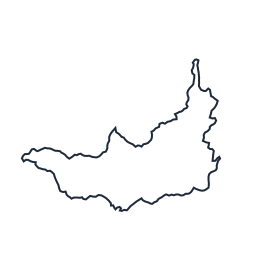 São Domingos do Norte, Espírito Santo, Brazil, rotated 193°
{"feature_id": "56859067B53855567891195", "entity_name": "São Domingos do Norte", "entity_type": "district", "adm_level": 2, "iso_a3": "BRA", "parent_name": "Brazil", "parent_adm1": "Espírito Santo", "projection": "robinson", "projection_center": [-40.559, -19.162], "detail": "fine", "context": "isolated", "style": "outline", "palette": "slate", "viewbox_px": 256, "rotation_deg": 193, "n_neighbors": 0, "source": "geoboundaries", "source_scale": "gbopen_adm2", "svg_char_len": 3168}
<svg xmlns="http://www.w3.org/2000/svg" viewBox="0 0 256 256"><g transform="rotate(193 128 128)"><path d="M31.4,118.9L32.6,120.4L34.1,118.7L35.5,115.7L38.2,115.0L38.6,118.1L39.1,122.3L39.2,124.9L41.1,126.4L43.3,126.0L45.5,127.0L45.5,129.4L45.7,131.7L48.7,131.6L52.1,132.3L51.8,135.6L52.7,138.5L51.8,141.1L49.8,142.7L48.2,145.3L48.5,147.6L47.3,149.5L45.8,150.6L44.5,152.1L43.8,155.0L45.5,157.2L47.9,156.3L50.7,156.6L50.4,160.6L50.5,163.6L48.4,166.8L47.4,169.4L46.9,171.6L46.7,174.7L49.4,175.8L52.3,177.3L54.1,177.6L55.2,180.0L56.7,183.6L58.7,184.5L60.4,181.7L62.3,181.1L65.4,181.7L68.3,184.7L68.9,188.1L69.6,190.7L70.0,192.9L70.8,195.3L71.8,198.4L72.8,200.5L73.7,203.0L74.6,204.7L74.5,207.3L74.6,209.8L76.6,210.2L78.2,209.5L79.6,206.2L78.3,205.0L78.1,202.6L78.3,200.5L78.9,198.6L77.6,195.8L75.3,194.6L74.7,191.8L74.5,188.6L74.2,185.5L75.1,183.5L76.8,180.8L77.9,178.0L78.1,175.7L77.2,173.2L75.9,171.4L75.5,168.7L76.5,166.2L76.5,164.1L74.8,162.5L75.4,160.6L77.6,159.2L78.7,157.2L80.0,155.9L81.6,155.2L83.1,153.8L85.4,152.1L83.4,150.1L82.6,147.5L85.9,146.4L88.1,144.2L90.8,143.0L93.0,140.5L95.7,140.9L98.2,139.1L98.0,136.1L101.0,133.8L102.5,131.1L104.3,129.7L103.1,126.9L102.6,123.9L102.8,121.8L103.8,120.1L105.1,118.0L106.9,116.7L109.3,115.6L110.6,112.9L112.7,113.4L114.5,113.2L116.4,111.4L119.7,113.2L122.4,113.7L125.3,114.4L128.2,116.1L129.9,117.7L132.2,117.9L133.7,119.0L135.7,120.3L138.5,121.2L139.5,123.2L140.3,125.2L141.5,122.9L143.0,120.1L144.0,117.1L144.3,115.2L143.4,111.1L144.2,108.5L144.2,105.9L143.5,103.4L144.3,100.0L146.9,98.6L148.0,96.4L149.6,94.0L152.1,92.2L154.7,91.9L156.9,91.8L159.4,92.3L161.4,91.6L164.4,91.1L166.5,91.5L168.2,92.3L170.2,91.4L171.7,90.0L173.9,90.0L175.8,87.5L178.3,84.9L180.7,85.9L183.2,87.7L185.5,88.6L187.3,89.0L189.1,90.1L191.6,89.9L193.5,89.5L195.3,89.7L197.2,90.2L199.5,90.5L202.1,90.0L204.5,90.0L206.4,88.5L207.9,87.5L209.6,86.0L211.3,85.0L213.0,85.6L214.9,86.5L216.9,85.5L217.8,82.9L218.8,80.5L220.7,79.9L222.7,79.3L223.9,77.3L224.6,74.7L222.1,72.0L220.5,73.9L218.2,74.5L215.5,73.7L213.1,73.5L210.2,73.9L210.0,71.6L208.0,70.1L206.1,68.9L204.2,68.9L201.7,68.7L199.1,68.9L196.9,67.9L194.3,68.8L192.1,67.9L189.9,66.5L188.1,63.4L186.1,60.6L184.4,58.5L183.0,56.8L181.7,54.1L180.0,51.5L178.3,51.1L176.5,51.1L174.5,52.0L172.8,49.2L170.9,48.0L169.0,47.5L167.2,46.4L165.2,48.0L162.4,48.7L159.1,49.2L157.2,50.2L155.5,48.8L152.9,49.0L151.5,50.9L149.6,53.3L146.4,53.3L143.9,53.8L141.8,56.0L138.8,56.4L136.5,55.7L133.9,54.9L130.7,53.1L127.8,50.9L127.1,48.6L125.0,49.3L123.5,47.3L121.9,45.9L120.7,48.0L118.5,49.2L116.8,48.2L117.3,45.8L115.5,45.8L113.2,47.4L110.7,47.5L109.6,49.2L108.6,51.3L107.3,53.3L105.5,55.4L103.2,58.3L100.9,60.6L99.0,62.5L97.4,61.0L95.0,60.3L93.0,60.1L91.1,60.0L89.1,59.4L87.2,59.6L85.8,61.5L83.5,63.0L82.2,65.9L79.8,67.9L77.4,70.7L75.9,71.9L72.7,71.4L70.6,72.9L68.2,72.8L66.1,74.1L63.6,74.6L61.2,74.1L58.9,75.0L57.0,76.9L55.0,77.3L53.4,78.2L52.0,80.1L51.2,82.3L50.4,84.6L47.9,83.9L44.6,83.5L42.1,83.5L39.7,84.3L38.3,85.5L36.1,88.0L36.6,91.7L37.9,95.7L38.6,98.8L38.5,101.3L37.1,103.6L34.8,105.1L32.8,106.9L32.4,109.0L33.1,111.2L33.0,113.7L32.8,116.3L31.4,118.9Z" fill="none" stroke="#1e293b" stroke-width="2"/></g></svg>